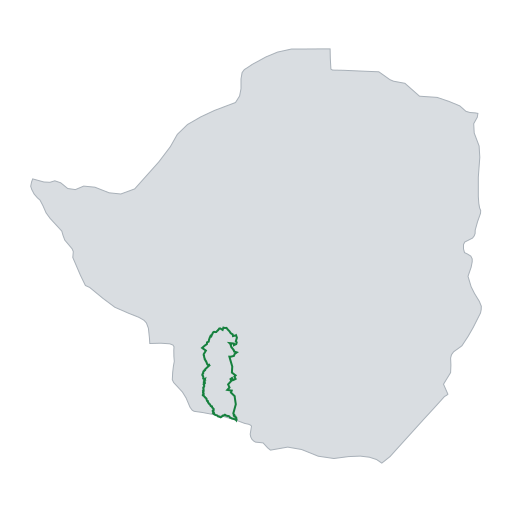 location of Matobo, Matabeleland South, Zimbabwe
{"feature_id": "62879985B11044582115440", "entity_name": "Matobo", "entity_type": "district", "adm_level": 2, "iso_a3": "ZWE", "parent_name": "Zimbabwe", "parent_adm1": "Matabeleland South", "projection": "mercator", "projection_center": [28.344, -20.969], "detail": "fine", "context": "in_parent", "style": "outline", "palette": "green", "viewbox_px": 512, "rotation_deg": 0, "n_neighbors": 0, "source": "geoboundaries", "source_scale": "gbopen_adm2", "svg_char_len": 7266}
<svg xmlns="http://www.w3.org/2000/svg" viewBox="0 0 512 512"><path d="M381.8,463.1L376.5,459.5L369.4,457.2L360.2,456.1L348.4,456.6L333.9,458.5L318.2,456.2L301.6,449.5L287.7,447.1L271.2,450.0L270.4,450.1L267.6,447.8L263.1,442.9L255.5,442.1L253.5,440.9L251.8,439.1L250.7,436.8L250.2,434.2L251.5,426.2L250.8,425.3L248.8,424.3L244.7,423.4L234.7,419.7L222.2,416.2L201.9,412.4L194.1,411.3L192.2,410.2L190.0,407.2L186.1,398.0L182.4,392.0L173.7,382.6L172.3,379.7L172.7,372.3L173.4,366.3L174.3,361.3L173.9,356.5L173.8,350.6L174.0,346.7L172.9,345.0L169.7,343.8L160.7,343.2L149.8,343.5L149.4,337.5L148.4,328.2L146.4,322.9L143.9,320.2L138.8,317.3L128.7,313.3L114.9,307.3L103.1,298.5L89.6,287.4L85.4,285.5L80.4,275.2L72.8,257.5L73.3,251.6L72.1,248.8L64.8,240.1L63.1,235.6L61.8,231.1L50.1,218.4L46.1,212.9L43.0,205.8L40.0,200.1L37.4,197.8L34.1,194.0L31.8,189.6L30.7,186.3L31.6,181.9L32.7,178.9L43.9,182.0L50.0,182.3L54.8,180.8L60.7,182.8L67.7,188.5L75.4,189.6L83.7,186.1L94.9,187.2L109.1,192.8L120.8,194.0L134.7,188.9L147.2,174.9L158.9,161.8L170.4,146.6L177.3,134.4L187.5,124.5L200.9,116.8L214.6,110.4L235.5,102.5L239.6,96.0L241.0,88.8L241.0,79.0L242.1,72.6L244.3,69.6L247.8,67.4L252.2,64.4L266.0,56.9L277.5,52.1L291.6,49.0L306.9,49.0L321.7,48.9L330.1,48.9L330.3,58.4L330.9,69.1L332.6,70.1L343.7,70.3L361.6,71.1L378.8,71.8L389.8,79.6L393.5,81.2L404.9,83.3L419.5,96.2L437.1,97.4L449.2,101.5L459.8,105.9L465.9,111.3L469.9,112.5L475.3,112.9L477.9,113.4L477.3,117.2L473.7,123.7L474.2,133.0L479.1,146.0L479.8,157.3L478.3,177.2L478.3,196.5L478.8,203.4L479.6,208.0L480.7,210.5L480.5,213.4L477.6,221.5L475.2,230.1L475.1,233.5L474.2,235.9L472.5,238.1L464.8,242.0L463.5,244.5L463.5,248.9L464.5,252.6L467.4,254.0L470.8,256.1L472.2,258.9L472.2,261.8L471.1,267.3L468.0,276.3L471.1,286.7L474.5,293.5L479.3,301.3L481.3,306.2L481.2,309.6L480.5,313.0L473.3,327.3L468.2,336.2L461.9,345.8L453.6,351.8L451.5,354.7L450.6,358.0L450.9,365.1L450.6,372.6L443.5,384.2L447.9,394.2L446.9,395.1L444.5,396.5L434.3,407.8L423.9,419.1L416.4,427.4L407.8,436.9L398.2,447.5L390.0,456.6L381.8,463.1Z" fill="#d9dde1" stroke="#a8b0b8" stroke-width="1"/><path d="M220.2,328.4L219.3,328.5L218.8,329.3L218.7,329.3L218.5,329.6L218.2,329.9L218.0,330.1L218.0,330.3L216.8,331.3L216.3,332.0L215.3,332.1L214.7,332.0L214.1,331.8L213.4,332.1L212.6,333.3L212.2,334.3L212.0,334.6L211.6,335.5L211.3,336.3L210.6,335.8L209.7,337.8L209.3,339.0L208.9,340.2L208.7,341.6L207.0,342.4L206.9,344.1L205.8,344.9L205.4,345.1L204.5,345.9L203.9,346.3L203.1,347.2L202.9,347.2L202.1,347.9L204.5,349.6L205.9,350.6L203.7,354.2L203.7,355.2L203.8,355.4L203.9,355.5L204.0,355.6L204.0,355.8L204.1,356.3L204.1,356.5L204.2,357.0L204.3,357.6L204.4,357.8L204.5,358.0L204.6,358.6L204.7,358.9L204.9,359.1L204.8,359.4L204.9,359.5L205.0,359.7L205.1,359.9L205.2,360.0L205.3,360.1L205.5,360.3L205.5,360.6L205.7,360.9L205.8,361.1L206.0,361.1L206.2,361.3L206.2,361.5L206.4,362.1L206.6,362.6L206.8,362.9L206.8,363.2L207.1,364.0L207.6,364.7L207.7,364.8L207.9,364.8L208.0,364.9L208.3,364.8L208.8,364.7L209.0,364.7L209.0,365.0L209.4,365.4L205.4,369.0L205.2,369.3L205.1,369.5L205.2,369.9L205.1,370.1L204.8,370.1L204.5,370.3L204.3,370.4L204.3,370.6L204.2,370.9L204.0,371.1L203.7,371.2L203.5,371.3L203.4,371.6L203.4,371.8L203.3,372.1L203.2,372.2L203.1,372.5L203.2,372.8L203.2,373.1L203.2,373.3L202.9,373.5L202.5,374.1L202.4,374.5L202.3,374.8L202.4,375.2L202.5,375.2L202.6,375.3L202.8,375.4L202.8,375.7L202.9,375.9L203.0,376.1L203.1,376.5L203.4,377.3L203.2,378.2L203.2,378.5L204.7,379.2L205.0,379.0L204.9,379.4L205.0,379.7L204.9,379.7L204.8,379.8L204.6,379.8L204.3,379.8L204.4,380.3L204.3,380.5L204.5,380.5L204.5,380.8L204.5,381.1L204.6,381.3L204.4,381.5L204.2,381.5L204.3,381.8L204.2,382.0L204.3,382.0L204.6,382.1L204.7,382.3L204.6,382.6L204.8,382.8L204.9,383.0L204.7,383.2L204.7,383.4L204.4,383.6L204.0,383.8L204.0,384.0L203.9,384.2L203.7,384.3L204.0,384.7L204.1,384.9L204.0,385.3L204.2,385.7L204.2,386.3L204.0,386.9L203.7,387.1L203.3,387.4L203.3,387.5L203.2,388.0L203.3,388.3L203.5,388.6L203.6,388.9L203.6,389.3L203.5,389.5L203.4,389.6L203.4,389.9L203.5,390.1L203.5,390.3L203.2,390.6L203.5,390.9L203.6,391.0L203.2,391.5L203.4,391.9L203.4,392.0L203.0,392.2L203.0,392.4L203.3,392.8L203.5,393.3L203.7,393.7L203.7,393.9L203.7,394.1L203.4,394.3L203.2,394.2L203.2,394.3L203.1,394.5L202.8,394.9L202.8,395.2L202.8,395.3L203.1,395.5L203.6,395.7L203.9,395.9L204.4,396.6L204.7,397.0L204.8,397.1L205.1,397.2L205.2,397.4L205.3,397.7L205.9,398.0L206.4,398.6L206.5,398.7L206.5,399.3L206.5,399.6L206.6,399.8L206.8,400.1L206.9,400.3L207.1,400.5L207.2,401.1L207.4,401.2L207.7,401.0L207.9,401.1L207.9,401.3L207.8,401.6L207.9,401.9L208.1,402.1L208.1,402.6L208.7,403.0L208.8,403.3L208.9,403.6L209.1,403.9L209.3,404.0L209.7,404.1L209.9,404.3L210.1,404.6L210.1,404.8L210.3,405.2L210.6,405.6L210.7,406.0L211.0,406.2L211.4,406.4L211.5,406.4L211.8,406.3L212.0,406.4L212.0,406.5L212.1,407.0L212.2,407.5L212.5,407.8L213.0,408.2L213.3,408.6L213.7,409.0L213.7,409.3L213.5,409.6L213.6,410.2L213.6,410.5L213.4,410.6L212.8,410.6L212.7,410.7L212.7,410.8L212.7,411.0L212.8,411.2L212.9,411.4L213.0,412.1L213.2,412.4L213.4,412.6L213.7,412.5L213.8,412.5L214.0,413.0L214.1,413.3L214.2,413.7L214.2,414.0L213.9,414.0L214.1,414.2L214.7,414.5L215.1,414.8L215.9,415.1L216.1,415.2L217.0,415.4L217.5,415.8L218.0,416.4L218.4,416.5L219.0,416.6L219.3,416.8L220.1,417.0L220.6,417.3L221.1,417.1L221.5,416.9L221.9,416.5L222.0,416.4L222.4,415.9L222.7,415.6L222.9,415.5L223.0,415.5L223.5,415.7L223.8,415.6L224.2,415.1L224.6,414.8L224.8,414.7L225.1,414.8L225.4,415.0L225.8,415.4L226.1,415.7L226.3,415.7L226.7,415.7L226.9,415.8L227.1,415.8L227.7,416.1L228.1,416.0L228.4,416.0L228.8,416.1L229.2,416.4L229.6,416.8L229.7,417.2L230.0,417.6L230.9,417.9L231.8,418.4L232.7,418.6L233.7,418.9L234.4,419.2L234.7,419.2L234.8,419.2L236.0,419.9L236.3,420.3L236.6,419.3L236.2,418.8L236.3,418.2L236.3,417.8L235.7,417.2L235.6,416.9L235.2,416.8L235.2,416.5L234.8,416.5L234.7,416.4L234.4,416.3L234.3,416.0L234.2,415.9L233.9,415.8L233.8,415.7L233.8,415.4L233.9,415.2L234.2,415.2L234.4,415.0L234.4,414.9L234.2,414.7L233.9,414.7L233.7,414.6L233.6,414.3L233.6,414.0L233.5,413.7L233.3,413.3L233.7,412.0L235.8,404.3L234.8,397.6L234.7,396.2L230.9,392.5L231.5,391.2L231.7,390.6L230.1,390.4L227.3,389.9L229.5,387.5L228.1,384.4L231.3,380.9L230.5,379.1L232.0,378.0L233.1,380.1L234.9,379.3L235.6,378.9L234.9,377.5L234.4,376.7L235.6,375.4L235.0,375.0L234.9,374.9L231.9,372.6L232.2,367.4L232.3,366.7L230.4,360.2L229.4,356.7L230.8,356.7L233.9,355.9L234.5,354.3L234.6,354.2L234.7,353.9L236.8,352.4L234.1,351.5L234.1,351.3L234.2,351.2L234.0,350.7L233.8,350.3L233.7,350.1L233.4,349.9L233.4,349.6L233.0,349.2L232.9,349.0L232.5,348.6L232.1,348.1L232.0,347.8L231.9,347.7L231.7,347.5L231.5,347.4L231.5,347.1L231.3,346.9L231.1,346.2L230.8,345.7L230.9,345.2L230.7,344.8L230.7,344.6L230.8,344.5L230.7,344.5L230.5,344.3L230.5,344.2L230.4,344.1L230.3,343.9L230.0,343.7L229.9,343.5L229.5,343.1L232.6,343.4L233.9,343.6L234.0,344.8L234.0,345.1L234.8,344.7L236.2,344.1L236.5,343.2L236.7,342.3L235.8,341.3L236.9,337.7L236.6,336.8L236.0,335.2L235.7,335.4L235.3,335.5L234.9,335.6L233.0,336.1L232.7,334.4L230.7,333.2L230.2,332.4L229.5,331.3L228.1,329.9L227.5,329.2L226.5,327.9L224.8,328.0L223.4,327.6L222.6,329.9L220.2,328.4Z" fill="none" stroke="#15803d" stroke-width="2"/></svg>